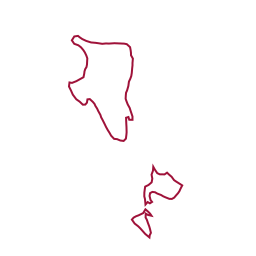 Agios Andronikos Karpasias, Cyprus, rotated 61°
{"feature_id": "46923920B74811643881920", "entity_name": "Agios Andronikos Karpasias", "entity_type": "district", "adm_level": 2, "iso_a3": "CYP", "parent_name": "Cyprus", "parent_adm1": "", "projection": "mercator", "projection_center": [34.203, 35.502], "detail": "fine", "context": "isolated", "style": "outline", "palette": "rose", "viewbox_px": 256, "rotation_deg": 61, "n_neighbors": 0, "source": "geoboundaries", "source_scale": "gbopen_adm2", "svg_char_len": 2064}
<svg xmlns="http://www.w3.org/2000/svg" viewBox="0 0 256 256"><g transform="rotate(61 128 128)"><path d="M24.1,134.6L28.3,134.2L31.6,131.3L34.6,130.0L38.1,129.3L41.0,129.1L44.3,129.3L47.3,129.8L49.7,131.3L52.6,133.1L54.6,134.8L55.7,136.8L57.4,138.6L59.2,139.9L62.0,142.3L62.0,147.4L62.0,150.5L61.4,155.1L59.8,157.1L63.1,159.5L67.7,159.7L72.1,160.1L75.7,159.6L77.8,159.3L81.5,157.5L85.7,156.2L86.8,154.0L85.9,151.6L83.3,149.6L84.2,147.4L88.1,146.1L90.7,145.6L92.9,145.8L96.0,145.6L98.8,145.8L103.2,145.8L105.6,146.3L108.1,146.3L113.1,146.5L116.4,146.7L120.1,146.7L123.2,146.5L126.5,146.5L130.8,145.4L132.4,143.0L135.2,140.8L137.2,138.1L136.3,135.0L133.3,132.8L131.1,131.3L126.5,128.9L123.8,127.6L121.0,126.2L118.1,124.7L118.6,122.3L121.4,122.9L123.0,120.1L120.1,118.5L114.2,117.4L111.3,116.8L107.2,116.8L103.5,116.3L101.3,115.9L98.4,114.1L96.2,112.6L94.7,110.6L93.7,109.6L91.4,107.3L87.9,104.7L86.1,102.2L84.2,100.0L81.8,98.1L77.8,95.4L75.4,93.7L73.4,92.6L69.7,90.1L65.8,90.1L63.8,89.0L61.6,88.1L58.3,87.0L54.1,88.4L52.4,90.4L50.8,93.0L48.9,96.1L47.3,98.7L44.9,103.8L43.4,106.2L41.9,109.7L39.2,113.2L37.7,115.2L35.3,118.8L31.6,122.3L28.0,124.9L25.4,126.2L23.2,127.1L21.9,130.6L24.1,134.6ZM186.0,115.5L186.3,118.5L183.9,122.7L181.7,124.3L177.3,124.7L174.2,124.7L177.5,126.9L180.2,130.0L184.1,131.3L187.0,133.7L187.8,137.7L187.6,141.4L189.4,142.8L192.4,145.0L195.7,146.9L198.4,147.6L203.4,149.8L202.3,146.7L204.5,145.4L204.3,142.8L201.9,143.2L197.9,142.1L195.7,140.3L195.7,137.7L197.3,135.5L199.5,134.2L202.7,131.5L204.7,130.4L206.7,128.9L210.0,126.2L211.3,124.0L211.3,121.4L210.2,118.5L209.3,115.9L208.2,113.7L206.7,111.7L204.5,108.4L201.2,110.2L198.1,111.9L195.9,113.0L191.8,113.5L188.3,114.8L186.0,115.5ZM207.6,152.2L209.8,156.0L209.5,161.2L209.1,163.7L209.1,166.5L210.0,169.0L214.8,168.5L219.0,166.7L221.8,165.9L224.9,165.2L229.0,164.3L234.1,162.3L232.3,161.0L230.8,158.8L226.9,157.7L224.2,157.1L220.7,156.6L217.4,156.0L214.8,156.0L211.5,154.0L213.7,152.7L216.1,150.0L213.7,150.2L211.1,150.9L207.6,152.2Z" fill="none" stroke="#9f1239" stroke-width="2"/></g></svg>